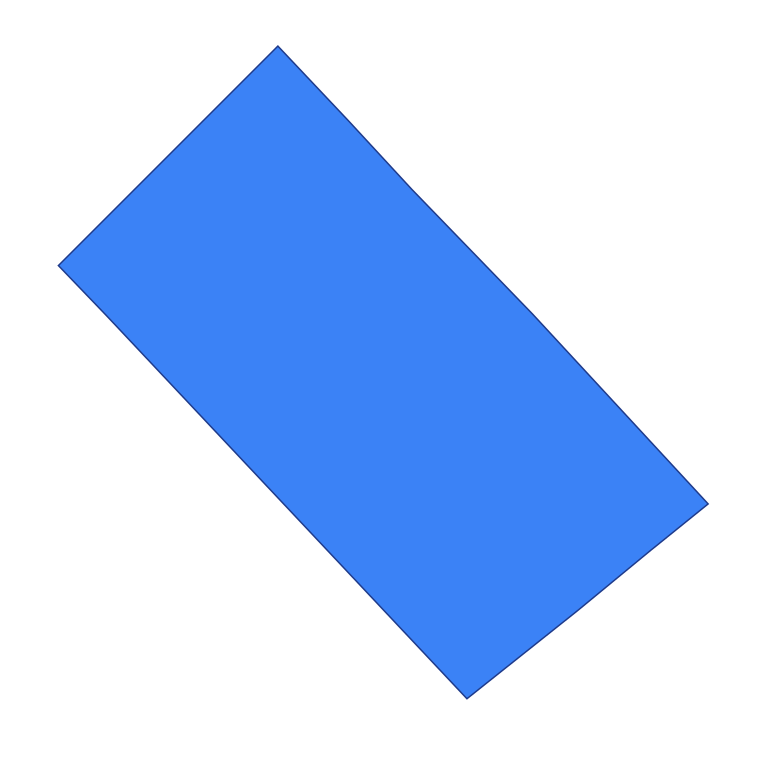 Franklin, Alabama, United States of America (Mercator projection), rotated 225°
{"feature_id": "52423323B7214659914962", "entity_name": "Franklin", "entity_type": "district", "adm_level": 2, "iso_a3": "USA", "parent_name": "United States of America", "parent_adm1": "Alabama", "projection": "mercator", "projection_center": [-87.887, 34.443], "detail": "fine", "context": "isolated", "style": "filled", "palette": "blue", "viewbox_px": 768, "rotation_deg": 225, "n_neighbors": 0, "source": "geoboundaries", "source_scale": "gbopen_adm2", "svg_char_len": 322}
<svg xmlns="http://www.w3.org/2000/svg" viewBox="0 0 768 768"><g transform="rotate(225 384 384)"><path d="M86.9,360.4L77.8,455.1L77.5,457.7L70.0,528.4L328.2,538.5L501.8,541.3L595.6,545.0L698.0,547.9L698.0,237.5L628.7,236.1L592.4,235.0L102.8,220.1L86.9,360.4Z" fill="#3b82f6" stroke="#1e3a8a" stroke-width="1.5"/></g></svg>